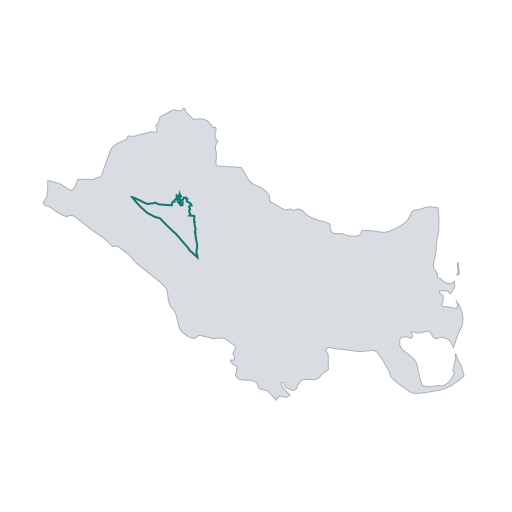 Bayramaly, Mary, Turkmenistan shown in context, rotated 184°
{"feature_id": "10190150B73073283057167", "entity_name": "Bayramaly", "entity_type": "district", "adm_level": 2, "iso_a3": "TKM", "parent_name": "Turkmenistan", "parent_adm1": "Mary", "projection": "robinson", "projection_center": [62.199, 38.282], "detail": "fine", "context": "in_parent", "style": "outline", "palette": "teal", "viewbox_px": 512, "rotation_deg": 184, "n_neighbors": 0, "source": "geoboundaries", "source_scale": "gbopen_adm2", "svg_char_len": 5597}
<svg xmlns="http://www.w3.org/2000/svg" viewBox="0 0 512 512"><g transform="rotate(184 256 256)"><path d="M145.4,167.9L169.6,169.1L177.0,170.0L180.2,166.8L180.0,166.0L178.9,165.3L177.2,163.1L175.9,148.0L178.1,145.8L180.5,144.2L184.1,139.5L186.0,138.0L188.8,136.8L198.0,136.5L201.9,135.5L205.4,130.1L206.1,127.0L208.7,124.5L210.1,124.5L216.3,126.6L217.6,127.8L219.7,131.7L222.0,131.5L222.4,130.8L222.1,130.0L220.4,127.5L216.5,123.0L212.8,120.2L212.5,119.2L215.8,117.0L222.3,117.9L224.0,117.2L225.8,113.6L234.3,121.7L236.0,122.5L242.9,123.6L244.0,124.7L246.3,129.4L248.7,130.6L251.6,131.5L263.9,131.6L267.7,134.7L268.3,135.5L267.6,137.7L267.3,141.9L266.3,143.6L266.9,144.3L271.3,146.1L273.9,148.8L274.1,149.9L273.4,150.7L271.3,150.3L270.3,151.6L270.3,153.8L271.7,155.8L272.1,157.7L270.0,162.1L269.9,163.9L270.6,165.0L281.6,171.6L283.4,171.8L294.2,170.6L296.2,171.3L305.6,172.8L308.3,172.6L310.1,170.5L311.8,169.6L313.4,169.6L317.9,170.9L322.6,173.8L325.7,176.4L327.3,178.7L331.6,191.6L334.4,196.9L337.8,199.7L340.1,204.7L342.2,215.7L343.5,218.0L348.6,222.4L374.9,240.5L382.9,248.6L395.3,256.4L399.8,255.5L409.5,263.8L415.6,266.9L423.6,271.9L440.3,283.2L443.8,283.7L447.8,282.1L451.3,283.0L457.6,285.9L464.4,290.3L470.1,291.8L471.8,293.7L471.9,294.7L468.8,300.2L468.4,307.2L468.9,316.6L467.4,316.8L456.0,314.1L445.3,308.3L442.8,310.2L441.5,312.1L438.9,320.3L424.5,320.8L416.1,324.7L408.5,351.2L406.8,354.5L402.1,358.8L393.8,363.0L392.6,364.7L392.3,366.3L391.3,366.8L386.7,366.8L369.2,372.6L365.4,372.6L363.8,373.0L363.2,374.0L365.1,379.3L363.5,380.8L362.4,383.5L361.6,388.0L350.1,395.2L347.7,396.0L343.0,395.3L340.6,396.1L338.2,398.4L337.0,397.7L336.4,395.4L335.2,393.9L328.0,388.1L319.8,389.0L316.7,388.6L314.2,387.6L310.4,384.3L308.0,381.2L305.5,381.5L304.7,380.0L304.6,378.3L305.4,376.2L305.2,372.2L303.7,369.4L302.1,368.1L304.0,363.5L304.0,360.1L302.8,356.4L302.4,351.0L302.7,345.8L301.2,343.1L276.9,343.3L268.4,331.1L264.8,328.1L252.9,323.0L249.6,320.2L246.9,317.2L246.2,313.0L244.9,310.5L243.0,310.2L233.7,305.3L229.9,304.0L224.8,305.2L221.7,303.9L218.1,305.7L216.6,305.9L212.8,304.7L208.1,300.3L204.1,298.5L195.8,295.7L190.0,294.8L184.8,293.2L184.3,292.5L184.2,288.8L183.5,287.3L182.1,285.4L180.0,284.0L171.2,284.2L167.1,282.8L163.9,282.5L156.8,282.8L154.5,283.8L153.1,285.0L152.2,288.6L151.4,289.1L144.6,289.3L130.0,288.4L123.9,290.2L114.3,295.8L108.7,300.5L107.1,302.6L103.6,310.9L102.2,312.1L100.3,313.0L98.4,313.2L89.6,316.4L86.3,317.2L77.7,316.8L76.0,304.6L75.5,294.9L76.9,281.4L76.7,272.8L78.5,259.7L78.1,256.5L73.9,250.8L73.4,246.8L70.7,246.5L66.4,243.1L62.2,241.8L60.1,241.8L58.1,242.7L56.6,244.7L55.7,241.6L55.8,238.4L59.5,231.8L61.5,233.7L64.1,234.5L70.7,234.1L70.1,231.8L66.8,229.5L66.2,226.5L66.6,223.4L67.6,220.5L66.6,219.3L65.1,218.6L61.5,218.7L52.3,217.6L51.1,221.0L53.5,225.6L49.5,220.4L46.8,215.1L45.2,208.9L45.2,202.2L49.2,191.6L52.6,178.4L55.9,184.0L58.4,186.4L64.1,187.9L66.9,187.6L69.9,186.1L72.8,186.6L77.1,192.3L80.3,192.9L87.1,190.8L90.3,190.3L93.0,191.3L95.9,191.3L94.7,188.6L94.3,186.0L96.0,184.6L101.2,186.1L105.5,184.6L106.3,183.9L106.8,181.7L106.3,177.2L105.4,175.3L103.1,172.6L93.9,166.3L90.9,163.8L88.4,160.5L84.6,147.5L81.6,139.2L80.4,138.2L75.0,137.5L64.6,139.6L61.0,139.1L59.2,140.0L54.9,143.5L52.8,146.5L49.8,153.3L51.8,155.6L49.6,167.1L50.4,172.0L50.0,172.4L47.2,166.2L43.2,160.1L40.1,150.8L46.6,144.7L52.0,140.4L57.8,137.1L63.7,135.0L77.0,131.6L84.4,130.3L90.3,130.1L94.8,132.2L106.8,139.7L112.0,143.9L113.5,145.6L114.8,149.7L123.4,162.8L125.5,164.6L128.8,168.8L132.2,170.1L145.4,167.9ZM54.6,262.0L54.2,263.8L52.7,258.5L52.1,252.6L53.2,251.0L54.4,251.1L53.2,253.2L54.6,262.0Z" fill="#d9dde1" stroke="#a8b0b8" stroke-width="1"/><path d="M328.9,307.8L329.0,307.8L329.3,308.5L329.9,308.9L329.9,309.2L330.0,309.4L330.5,309.5L331.1,309.1L332.2,309.2L332.2,308.9L332.2,308.3L332.8,307.0L333.0,307.0L333.4,307.0L333.5,306.9L333.7,306.7L335.6,306.6L335.6,306.2L335.5,305.1L335.1,305.2L334.9,304.9L334.9,304.7L334.1,304.7L333.6,304.4L332.9,304.4L332.9,301.8L333.7,301.7L334.0,301.3L335.1,301.5L335.3,303.7L336.9,303.6L337.7,304.7L338.4,306.5L337.6,307.6L336.8,308.1L336.7,308.2L335.4,309.1L335.0,310.4L336.2,312.0L336.5,312.7L336.7,311.3L336.3,310.0L337.8,309.9L338.6,310.4L339.3,310.9L339.2,308.1L340.2,307.0L340.9,306.2L341.5,305.1L341.2,304.6L342.6,304.4L343.2,303.6L343.3,302.3L343.5,300.7L345.8,300.7L349.4,300.7L353.1,300.7L356.5,300.7L358.7,301.5L360.2,302.2L361.1,301.9L362.4,301.2L365.4,301.0L366.8,300.4L367.6,300.5L369.5,300.7L371.0,301.3L375.7,303.4L383.4,306.1L383.6,306.1L379.8,302.0L376.1,298.4L374.7,297.0L371.0,294.2L369.7,293.1L367.6,291.5L366.7,291.1L361.8,288.9L359.3,287.8L357.1,287.4L357.0,287.6L354.6,287.0L347.0,280.3L345.7,279.2L340.0,274.4L337.6,272.7L323.9,258.9L322.9,257.3L320.1,255.1L318.8,254.2L317.9,253.3L315.9,251.9L314.3,250.5L314.5,252.2L314.8,252.8L315.0,253.2L315.2,253.7L315.6,254.3L315.6,257.4L315.4,262.9L316.3,266.2L316.8,268.1L317.1,269.5L317.6,271.0L317.7,271.9L317.8,272.9L318.1,273.6L318.0,274.9L318.3,275.0L318.5,275.2L318.7,276.6L318.2,277.5L318.0,277.9L318.0,278.0L318.4,279.4L319.5,283.3L319.5,283.6L319.7,284.7L319.6,284.8L319.5,285.8L319.8,285.9L320.1,286.0L320.1,287.1L320.4,287.6L320.2,290.3L320.2,290.5L320.4,291.7L321.4,291.7L325.1,291.7L325.0,291.8L324.4,293.3L325.0,293.9L325.1,294.1L325.2,294.3L325.3,294.6L325.5,295.0L325.6,295.4L325.8,296.3L325.9,296.7L325.4,297.5L325.0,298.1L325.6,299.3L326.3,300.3L325.7,301.5L323.8,301.9L324.3,303.1L324.8,303.5L325.7,304.3L329.0,305.8L329.0,306.8L329.1,307.1L329.0,307.4L329.0,307.7L328.9,307.8L328.9,307.8Z" fill="none" stroke="#0f766e" stroke-width="2"/></g></svg>